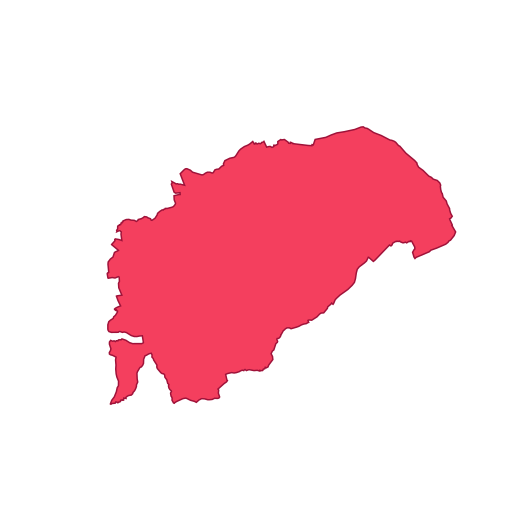 Cizer, Salaj, Romania (Albers equal-area conic projection), rotated 63°
{"feature_id": "2599482B34424021815229", "entity_name": "Cizer", "entity_type": "district", "adm_level": 2, "iso_a3": "ROU", "parent_name": "Romania", "parent_adm1": "Salaj", "projection": "albers", "projection_center": [22.865, 47.034], "detail": "fine", "context": "isolated", "style": "filled", "palette": "rose", "viewbox_px": 512, "rotation_deg": 63, "n_neighbors": 0, "source": "geoboundaries", "source_scale": "gbopen_adm2", "svg_char_len": 6122}
<svg xmlns="http://www.w3.org/2000/svg" viewBox="0 0 512 512"><g transform="rotate(63 256 256)"><path d="M323.9,436.5L323.0,436.3L322.5,434.5L322.5,432.8L323.3,430.2L322.7,428.4L321.8,427.6L320.9,425.3L319.5,423.4L318.0,421.8L316.5,421.0L314.6,418.6L311.6,417.7L306.4,415.3L305.3,414.2L302.8,410.3L302.6,409.5L302.8,408.5L301.9,406.6L300.6,405.0L297.0,403.0L294.5,400.1L294.7,398.7L294.5,395.9L295.1,393.5L296.9,393.5L298.8,394.6L300.8,394.1L302.3,394.4L308.2,393.8L309.9,394.8L311.5,395.0L316.7,393.8L318.2,393.0L319.0,391.8L320.4,391.4L322.7,392.2L325.8,391.7L329.4,392.5L330.9,392.0L332.1,393.0L334.0,393.5L335.8,393.4L337.7,392.7L338.4,392.9L339.2,394.2L339.9,394.6L342.4,395.3L343.5,395.1L344.9,395.4L346.3,396.3L349.5,396.2L350.1,395.6L349.8,395.0L349.6,392.7L349.9,385.9L350.6,383.4L351.3,382.5L354.9,379.8L357.5,376.9L359.3,375.6L358.4,372.1L358.4,369.3L359.9,366.7L362.2,364.2L362.8,363.0L363.9,360.2L364.0,357.5L365.5,354.8L365.7,353.5L365.1,352.4L361.1,351.8L358.5,350.1L357.3,350.3L355.2,342.4L354.8,339.5L354.0,338.0L353.2,338.2L347.7,336.8L347.8,334.8L348.8,330.7L350.3,328.6L351.0,326.4L351.5,323.0L351.3,322.3L351.5,320.1L352.6,318.9L352.2,318.2L352.1,317.3L353.7,316.6L353.9,314.7L354.3,313.5L357.2,309.8L358.4,306.8L360.2,304.9L359.6,304.6L360.9,302.7L361.0,301.9L360.1,300.8L360.5,299.5L359.4,298.3L360.3,297.9L360.3,295.7L358.9,294.1L355.9,288.0L353.0,286.9L349.9,286.9L348.1,284.5L347.8,282.8L343.1,278.1L342.6,276.2L341.9,275.5L339.7,275.3L339.1,274.6L339.6,273.6L339.6,272.7L339.2,271.5L338.2,270.0L337.4,269.6L337.2,268.9L334.9,265.5L334.7,264.1L334.2,262.9L334.1,261.0L335.1,258.9L336.7,257.8L337.8,252.1L338.1,249.7L338.0,246.8L338.3,244.4L339.1,241.8L338.9,240.0L339.1,239.2L337.0,239.0L336.9,238.6L337.4,237.2L338.5,235.5L337.9,229.3L336.6,225.7L336.4,223.9L337.4,221.5L335.1,216.2L333.8,215.1L333.0,211.3L332.3,210.0L334.0,209.3L333.6,208.5L331.0,205.4L330.3,203.7L328.9,198.7L327.5,189.3L325.7,183.5L324.2,180.3L321.4,177.7L316.6,174.3L313.8,171.8L312.5,168.9L311.4,162.6L310.6,159.8L308.1,156.6L308.3,156.2L314.1,153.9L313.7,151.9L306.8,132.1L308.1,131.4L308.3,130.8L307.8,129.6L306.7,128.5L306.5,126.7L306.5,124.4L306.9,124.2L307.2,123.0L307.6,122.7L308.0,121.2L308.7,121.1L310.8,119.3L311.3,118.3L311.5,116.6L312.7,115.8L312.4,112.8L313.0,112.5L313.2,111.9L312.7,111.3L313.4,110.6L320.1,110.5L321.9,111.3L322.0,112.1L323.8,114.8L328.7,115.7L330.4,115.5L329.9,114.0L330.9,99.6L330.2,97.5L331.0,91.3L331.6,81.6L331.0,78.7L330.2,77.3L330.2,75.5L327.8,70.2L325.2,67.2L317.7,67.6L317.6,67.1L317.1,67.0L311.6,66.8L310.7,66.6L310.7,65.1L309.7,63.1L306.4,63.2L303.0,62.6L301.6,62.0L296.2,62.1L293.4,61.5L288.6,62.6L284.8,61.7L283.7,61.9L280.8,61.3L277.6,60.1L276.7,59.3L274.3,59.1L271.0,60.2L268.0,63.2L265.6,64.0L263.2,65.8L255.6,68.3L250.7,70.8L247.5,70.9L246.3,70.4L242.9,71.3L232.4,75.8L223.5,78.0L222.3,78.9L218.1,79.9L216.5,80.8L214.6,82.5L213.5,84.0L205.5,89.7L199.5,95.1L194.0,98.2L192.7,99.1L191.4,100.8L189.6,101.8L188.8,103.9L188.1,110.6L185.3,121.1L183.0,128.2L182.3,134.0L182.0,139.9L179.0,150.4L183.0,154.5L182.2,155.5L183.1,156.1L181.1,159.5L173.8,170.4L172.6,172.1L172.3,172.0L172.1,172.5L171.3,172.7L170.3,173.7L171.2,174.3L170.4,175.7L169.2,175.7L165.1,177.8L164.2,180.5L163.5,181.0L163.9,184.6L166.0,185.6L166.3,186.6L166.1,189.5L164.8,189.7L166.2,190.2L166.6,190.7L166.5,192.5L164.9,193.5L164.4,194.5L163.8,197.1L157.5,196.9L157.8,197.6L157.4,199.5L157.8,199.9L157.9,201.2L156.8,202.3L156.8,203.8L156.1,204.8L155.2,204.8L155.2,205.6L155.6,205.7L155.5,206.7L152.5,206.9L153.4,211.0L153.5,213.3L153.2,216.7L153.8,221.2L154.6,223.5L157.5,228.4L158.1,230.0L158.1,230.9L157.0,235.0L156.9,240.4L159.0,243.1L160.6,243.7L160.4,245.8L161.6,249.7L160.8,251.9L160.6,253.5L162.1,255.9L162.4,256.8L161.9,257.7L160.4,259.0L159.3,261.2L159.2,263.3L159.6,266.0L159.2,267.4L152.5,274.5L149.8,275.5L147.0,277.8L146.5,278.6L146.3,279.5L146.6,281.1L148.3,286.2L160.5,287.5L157.5,291.0L157.0,292.4L156.1,292.9L155.5,294.4L151.4,297.2L152.8,297.5L153.5,298.8L161.9,300.0L163.5,299.1L165.1,294.9L166.8,295.6L166.2,297.0L165.1,301.7L168.9,303.4L172.4,303.7L173.3,304.5L174.4,306.9L174.5,308.2L173.4,313.3L172.4,315.3L172.8,315.9L172.6,317.3L172.9,317.8L172.3,318.7L172.6,321.6L173.3,324.3L174.5,325.4L176.5,328.8L177.0,332.4L176.6,333.1L174.9,333.1L172.7,335.1L171.6,335.6L170.2,337.6L170.6,338.9L170.7,341.2L170.0,344.4L170.7,345.1L170.9,347.0L169.0,348.2L167.3,351.1L165.7,352.6L164.6,355.1L164.4,358.6L165.0,358.9L165.0,359.8L165.6,360.4L165.3,361.1L166.6,362.4L166.1,363.4L166.6,363.8L166.4,364.9L166.7,365.7L169.2,367.1L169.8,368.5L170.9,368.7L171.2,369.0L171.3,366.5L171.7,365.8L173.4,365.1L175.3,366.4L181.3,368.5L179.2,370.5L176.9,373.6L177.1,374.3L178.4,374.8L180.4,380.0L180.4,379.6L180.9,379.2L188.5,376.0L188.7,377.0L188.5,378.3L188.6,380.5L192.0,383.9L192.6,387.1L194.2,390.4L196.1,391.6L203.6,394.6L203.9,394.9L203.7,395.9L204.2,396.6L208.0,397.8L208.7,397.8L209.9,393.9L211.6,391.6L211.9,388.0L212.7,387.5L216.6,389.2L217.9,390.9L222.0,392.7L230.0,393.3L228.4,398.0L228.4,398.6L233.1,399.2L239.0,399.3L238.7,402.3L238.7,404.9L239.0,406.1L239.5,406.3L240.6,404.8L241.0,404.9L241.1,405.4L242.2,404.4L243.1,405.0L245.0,408.1L245.6,410.4L246.8,411.6L247.1,414.8L247.7,417.0L250.0,419.2L253.9,421.2L255.1,421.5L256.6,421.3L258.4,419.5L261.4,413.4L261.2,412.3L261.5,411.5L263.4,409.7L263.8,408.0L265.4,406.2L270.2,403.3L272.4,401.1L273.7,398.7L274.5,395.8L275.5,393.5L282.0,395.6L282.2,396.0L282.2,397.6L278.1,405.7L275.8,408.0L272.0,410.2L269.0,413.1L269.4,414.2L268.4,416.3L268.4,416.8L268.9,417.5L268.1,418.9L268.4,420.2L267.1,421.0L267.0,422.3L265.2,423.8L266.1,425.6L267.9,426.6L272.8,427.4L274.2,428.6L275.4,430.5L276.8,431.1L277.8,430.6L279.5,428.8L282.6,426.6L284.8,428.3L289.7,430.3L293.1,432.3L297.5,434.1L300.6,434.9L305.1,435.3L309.2,437.5L310.3,439.4L313.6,442.1L317.2,446.2L319.1,450.1L321.7,452.9L322.2,452.6L322.1,451.2L323.2,448.3L322.4,447.2L323.1,446.2L323.8,446.1L324.1,445.3L323.8,444.8L324.2,443.5L323.9,442.6L323.2,442.3L323.1,441.7L323.5,441.1L323.4,440.5L324.0,440.3L324.3,439.4L322.6,438.3L323.9,436.5Z" fill="#f43f5e" stroke="#9f1239" stroke-width="1.5"/></g></svg>